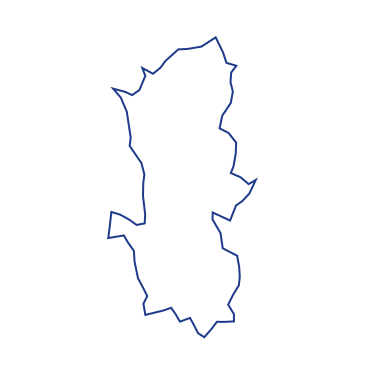 outline of Pano Koutrafas, Nicosia, Cyprus, rotated 325°
{"feature_id": "46923920B67363917084525", "entity_name": "Pano Koutrafas", "entity_type": "district", "adm_level": 2, "iso_a3": "CYP", "parent_name": "Cyprus", "parent_adm1": "Nicosia", "projection": "orthographic", "projection_center": [32.965, 35.092], "detail": "fine", "context": "isolated", "style": "outline", "palette": "blue", "viewbox_px": 384, "rotation_deg": 325, "n_neighbors": 0, "source": "geoboundaries", "source_scale": "gbopen_adm2", "svg_char_len": 1163}
<svg xmlns="http://www.w3.org/2000/svg" viewBox="0 0 384 384"><g transform="rotate(325 192 192)"><path d="M300.1,78.9L283.1,78.3L270.1,72.1L262.6,67.3L245.6,69.4L237.4,72.1L227.9,72.8L222.4,61.9L220.4,70.1L207.4,78.3L198.6,78.3L194.5,71.4L186.7,62.1L187.8,73.9L184.6,88.9L172.9,112.4L167.4,118.4L167.2,131.7L167.2,139.2L163.1,150.2L157.0,157.0L149.5,167.3L140.6,183.8L135.2,190.6L127.7,187.2L124.9,179.0L120.2,169.4L114.5,162.1L103.8,174.2L97.0,181.7L111.3,188.5L110.6,196.1L110.6,207.0L105.1,215.9L98.3,231.7L96.9,243.3L95.6,251.6L88.1,255.7L83.3,265.9L101.0,272.8L108.5,274.9L108.5,282.4L107.8,291.3L118.1,294.0L117.4,300.9L116.0,311.2L118.8,318.0L129.7,315.3L137.9,312.6L144.7,317.4L152.2,322.1L156.3,316.0L157.0,305.0L167.2,299.5L176.7,295.4L182.2,289.3L187.7,280.4L192.4,270.1L184.9,255.7L191.8,242.0L193.1,226.2L197.2,220.7L206.8,237.2L220.4,228.3L227.9,228.3L238.1,226.2L251.1,218.7L242.9,218.0L240.2,207.7L234.7,198.8L240.8,194.7L249.7,185.8L256.5,176.9L255.8,164.6L251.1,155.7L260.6,146.8L274.9,141.3L283.1,133.1L286.5,124.2L292.6,116.6L300.7,114.0L300.0,113.1L294.3,106.0L297.5,95.3L300.1,78.9Z" fill="none" stroke="#1e3a8a" stroke-width="2"/></g></svg>